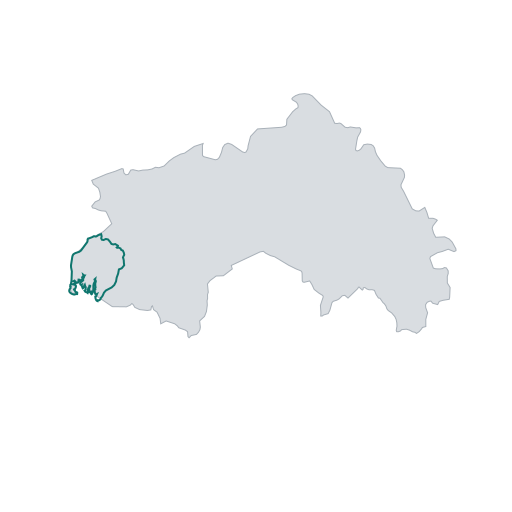 Boke on a map of Guinea (Mercator projection), rotated 335°
{"feature_id": "GIN-5629", "entity_name": "Boke", "entity_type": "Prefecture", "adm_level": 1, "iso_a3": "GIN", "parent_name": "Guinea", "parent_adm1": "", "projection": "mercator", "projection_center": [-14.564, 11.071], "detail": "fine", "context": "in_parent", "style": "outline", "palette": "teal", "viewbox_px": 512, "rotation_deg": 335, "n_neighbors": 0, "source": "natural_earth", "source_scale": "10m", "svg_char_len": 6989}
<svg xmlns="http://www.w3.org/2000/svg" viewBox="0 0 512 512"><g transform="rotate(335 256 256)"><path d="M310.7,330.2L306.8,329.7L305.1,330.4L300.0,336.4L297.0,338.7L292.3,338.0L290.6,338.4L289.3,337.8L291.0,334.5L293.5,328.0L299.7,321.4L299.8,320.0L297.3,316.2L294.6,310.9L294.6,305.3L294.1,301.3L288.6,300.2L287.6,299.5L287.4,298.1L290.5,291.1L290.8,289.7L290.4,288.4L287.0,284.8L281.7,278.2L272.6,264.6L269.2,261.7L266.0,257.6L264.7,254.9L261.4,254.0L229.6,254.1L229.0,257.7L218.1,260.1L211.4,257.3L203.9,258.9L200.2,260.8L197.4,268.7L195.8,270.4L194.2,274.0L192.7,275.9L191.1,279.9L187.6,285.4L183.8,289.0L177.5,291.0L175.5,296.9L174.0,299.1L171.6,300.8L168.9,301.9L163.7,300.7L160.8,301.8L160.3,300.3L162.0,295.7L160.7,293.3L155.7,288.4L155.2,286.1L153.7,283.1L147.1,276.9L141.0,277.2L142.7,272.0L142.6,265.1L140.5,261.3L141.1,257.4L139.9,257.7L137.9,260.4L134.6,259.5L127.9,255.4L124.5,251.4L124.1,248.0L123.4,246.6L121.3,247.4L117.1,247.3L104.4,241.2L95.3,226.0L95.1,222.5L96.4,216.6L96.1,215.0L91.9,218.9L91.1,216.3L87.9,210.1L87.0,206.6L83.9,205.1L81.5,204.8L79.6,205.9L77.1,213.1L75.2,213.1L73.3,211.5L73.7,206.2L78.6,199.5L86.8,182.6L89.7,178.7L91.6,177.3L95.5,177.2L103.1,174.9L112.4,169.6L119.5,170.0L127.9,169.4L138.9,165.8L139.0,154.4L138.7,151.9L134.8,149.6L132.5,147.6L130.5,145.1L128.2,143.3L128.2,141.4L133.1,139.0L137.6,139.0L139.0,138.0L140.2,136.4L141.4,132.3L141.9,128.0L138.9,122.1L139.1,118.0L155.2,118.6L164.0,119.7L171.3,120.1L172.4,121.0L171.4,125.0L172.3,127.4L174.8,128.0L178.8,125.2L181.0,125.8L185.5,129.3L189.7,130.3L194.3,132.2L198.6,133.2L202.4,133.1L205.3,135.0L210.7,135.6L217.6,133.2L223.1,132.1L230.7,131.8L234.7,132.6L246.4,130.6L255.6,131.7L254.2,133.1L250.0,142.2L250.5,143.8L259.8,151.6L262.0,152.1L264.5,151.1L268.5,147.5L271.7,143.6L274.8,141.8L278.3,141.9L281.1,144.6L287.8,156.0L289.5,157.5L291.0,157.5L293.9,155.3L295.4,152.8L301.6,145.3L311.1,141.5L333.7,150.2L337.0,150.8L339.0,150.2L341.8,145.1L350.3,140.7L354.4,139.5L356.7,139.3L357.6,137.9L358.0,135.9L357.6,133.7L355.0,129.8L354.9,128.7L356.4,127.9L359.6,127.4L363.8,127.7L368.6,129.4L372.4,131.8L374.6,134.7L378.8,146.8L383.6,156.3L383.4,169.0L385.5,170.2L387.8,170.8L388.9,171.8L391.2,177.0L393.4,178.5L396.0,178.9L400.9,182.2L404.1,183.5L404.5,184.6L404.4,185.9L403.2,187.7L398.4,191.2L396.1,194.2L391.3,201.3L391.2,202.7L392.2,203.6L394.2,203.8L396.3,203.3L400.7,200.7L404.2,201.6L407.5,203.6L408.8,205.7L409.1,208.4L408.3,211.9L408.2,215.9L409.3,222.5L411.1,229.2L412.8,231.6L424.0,237.5L425.1,239.7L425.6,242.2L424.8,245.6L423.7,247.5L417.5,252.7L416.6,255.1L417.1,259.8L417.5,279.3L419.9,282.6L422.8,284.2L429.5,283.3L429.3,288.7L428.4,294.8L432.3,296.6L434.3,298.5L435.4,300.2L429.2,303.4L427.4,305.3L426.6,310.4L426.8,315.0L435.1,318.4L438.3,322.3L439.7,326.3L440.2,334.0L439.5,335.7L437.3,335.7L433.1,331.1L426.7,330.6L421.9,329.7L413.9,330.3L412.5,331.7L411.6,341.9L413.5,343.6L417.3,345.5L419.8,346.3L421.9,346.1L423.5,347.3L423.9,350.7L422.8,353.1L420.7,355.4L418.0,361.3L418.6,366.6L414.1,375.2L412.8,376.9L406.8,375.2L402.9,374.6L400.1,376.8L396.2,373.5L395.5,370.8L394.1,370.3L391.5,370.3L389.1,371.8L388.0,374.5L387.5,380.0L383.1,385.2L380.1,391.7L376.5,391.1L375.7,391.8L371.9,393.5L368.7,394.0L367.8,392.3L365.9,390.9L363.8,388.1L361.4,385.9L356.9,384.3L355.1,385.0L352.9,384.8L351.5,384.0L351.7,382.6L354.1,379.2L355.4,376.1L356.2,372.7L356.2,369.5L354.9,364.9L352.8,361.3L352.3,359.2L352.6,356.2L352.1,353.4L351.4,352.0L350.5,346.7L349.2,345.8L348.6,341.5L348.8,337.2L347.0,335.6L344.2,334.4L342.5,332.7L341.5,330.8L340.5,330.2L339.6,330.4L338.9,331.5L337.9,331.8L336.3,327.7L335.6,327.6L334.5,328.5L321.6,333.0L319.9,329.2L317.4,328.5L313.2,330.0L310.7,330.2Z" fill="#d9dde1" stroke="#a8b0b8" stroke-width="1"/><path d="M111.2,169.2L111.4,169.2L111.7,169.4L115.9,169.7L117.0,169.5L117.6,169.6L118.0,169.9L118.4,170.3L118.9,170.6L119.7,170.8L120.4,170.7L121.9,170.5L122.7,170.5L124.9,170.8L124.4,173.0L123.2,174.5L123.2,176.1L124.6,177.1L127.1,177.1L128.9,178.5L129.7,181.4L130.1,184.0L131.5,185.2L133.5,185.7L135.2,188.3L134.3,189.2L133.4,189.4L133.6,189.9L133.8,190.0L134.1,190.0L134.7,190.1L135.0,190.2L135.4,190.8L135.8,191.2L136.4,191.9L136.4,192.3L136.4,193.4L136.5,193.7L136.7,193.9L136.9,194.1L137.5,194.6L137.6,194.8L137.6,195.1L137.6,195.6L137.6,196.7L137.6,197.1L137.1,199.2L136.9,199.4L136.8,199.5L136.3,199.8L135.9,200.1L134.9,201.0L134.7,201.3L134.8,201.8L134.3,204.1L133.5,206.0L132.6,208.7L129.1,210.4L126.1,210.2L123.6,213.7L120.6,216.7L118.4,219.9L115.3,222.4L111.9,223.5L105.4,223.8L102.7,225.0L100.8,226.7L98.9,228.1L99.0,228.1L98.2,228.2L97.6,228.5L97.2,229.0L96.6,229.5L95.9,229.7L95.1,229.8L94.3,229.7L93.9,229.1L93.5,229.1L93.2,229.8L92.9,229.5L92.6,228.8L92.5,227.9L92.6,227.0L92.7,226.3L93.2,224.9L93.8,225.1L94.4,224.6L95.2,223.8L95.9,223.2L94.7,223.2L94.3,222.6L94.4,221.6L95.0,218.8L95.4,218.1L95.9,218.4L96.2,218.4L96.3,217.6L96.7,217.2L97.1,217.0L97.3,216.8L98.0,214.5L99.2,212.1L99.8,211.8L100.2,211.1L100.3,210.3L100.0,209.7L100.2,209.4L100.7,208.7L99.7,209.0L99.6,209.4L99.8,209.9L99.7,210.7L98.0,211.9L97.8,212.1L97.1,212.7L96.2,213.9L95.5,215.3L94.9,216.9L94.3,218.0L92.9,219.7L91.5,221.0L90.8,221.2L90.5,220.6L90.6,219.8L90.9,219.3L91.3,218.9L91.8,218.7L91.5,218.6L91.2,218.6L90.9,218.8L90.5,219.1L89.8,218.4L90.4,216.4L90.8,215.5L91.3,214.7L91.6,214.4L92.3,213.9L92.7,213.7L92.9,213.3L93.1,212.9L92.9,212.7L92.5,212.5L91.9,213.3L89.6,215.1L89.0,215.9L88.4,217.8L87.8,218.4L87.3,217.4L86.6,216.8L86.1,216.1L86.0,214.9L86.7,214.9L87.3,214.5L87.7,213.8L88.1,213.1L88.3,212.5L88.5,211.7L88.5,211.1L88.4,210.7L88.6,210.4L88.6,210.2L88.7,209.7L87.8,210.3L87.5,210.7L87.4,211.2L87.1,211.4L85.7,212.1L85.3,212.1L85.3,211.5L85.3,211.0L85.5,210.5L85.7,210.0L85.4,209.6L85.4,209.1L85.6,208.7L86.0,208.3L85.1,208.2L84.8,207.6L84.9,206.8L85.3,206.2L86.0,205.8L86.8,205.5L87.8,205.3L88.6,205.2L89.2,204.9L89.5,204.1L89.7,203.4L89.9,203.1L90.8,202.9L91.7,201.8L92.5,201.3L92.1,201.1L91.9,200.7L91.5,199.9L91.4,200.4L91.3,200.9L91.0,201.2L90.6,201.3L90.4,201.4L89.6,201.7L89.4,201.8L89.2,202.9L88.7,203.7L87.9,204.1L87.0,203.8L86.8,204.0L86.5,204.1L86.2,204.2L85.7,204.1L86.0,203.2L85.7,202.6L85.2,202.4L85.0,202.9L83.6,204.8L82.1,204.5L81.1,201.6L79.9,201.7L80.7,202.6L80.9,203.5L80.6,204.4L80.2,205.2L79.2,204.4L78.6,204.2L77.8,204.1L79.5,205.4L80.1,206.1L80.2,206.9L79.8,207.8L78.8,208.8L77.9,209.4L77.5,209.5L77.4,209.3L77.2,209.3L76.9,209.3L76.8,209.5L76.9,209.8L77.1,210.3L77.2,210.5L77.2,212.3L77.4,212.6L77.8,212.8L78.3,213.1L78.5,213.7L78.4,213.9L77.8,214.9L76.9,214.5L75.1,214.2L74.3,213.7L73.2,212.6L72.4,211.4L71.9,210.3L71.8,209.3L72.1,208.4L72.9,207.4L73.3,207.2L74.2,206.9L74.4,206.7L74.5,206.4L74.6,206.0L74.9,205.7L75.1,205.5L75.1,205.2L74.9,205.2L74.8,204.8L76.2,203.3L77.9,201.3L82.6,192.1L83.6,188.1L84.4,186.2L89.3,178.9L90.2,177.9L91.4,177.2L93.5,177.0L97.6,177.5L99.7,177.1L104.1,174.7L108.7,172.2L109.4,171.6L109.7,171.1L110.3,169.9L110.7,169.5L111.2,169.2Z" fill="none" stroke="#0f766e" stroke-width="2"/></g></svg>